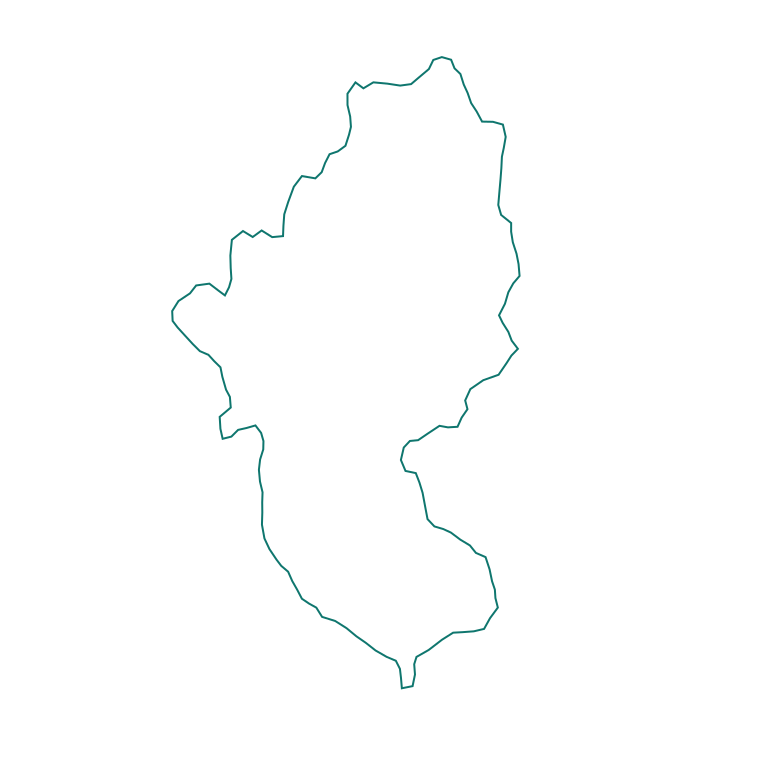 outline of Olaria, Minas Gerais, Brazil, rotated 254°
{"feature_id": "56859067B66778416420172", "entity_name": "Olaria", "entity_type": "district", "adm_level": 2, "iso_a3": "BRA", "parent_name": "Brazil", "parent_adm1": "Minas Gerais", "projection": "mercator", "projection_center": [-43.97, -21.909], "detail": "fine", "context": "isolated", "style": "outline", "palette": "teal", "viewbox_px": 768, "rotation_deg": 254, "n_neighbors": 0, "source": "geoboundaries", "source_scale": "gbopen_adm2", "svg_char_len": 2214}
<svg xmlns="http://www.w3.org/2000/svg" viewBox="0 0 768 768"><g transform="rotate(254 384 384)"><path d="M380.9,522.4L390.5,518.7L399.8,517.9L410.1,514.9L418.3,513.5L427.8,522.4L437.9,528.8L445.1,536.0L450.5,544.1L462.2,546.4L472.7,547.3L484.8,546.9L495.4,548.2L503.7,550.6L514.2,543.2L524.6,543.2L537.7,548.2L548.6,552.4L559.1,556.3L570.0,560.0L577.9,564.2L588.0,569.1L600.6,569.8L606.0,561.0L609.2,550.6L620.3,548.2L630.0,545.2L640.8,544.6L649.9,543.2L660.9,542.9L668.0,538.8L677.2,537.9L682.3,529.7L681.9,520.7L674.4,514.0L668.9,501.7L664.8,492.7L666.4,481.8L671.8,470.0L676.9,456.9L673.9,445.7L681.8,439.7L673.1,428.9L662.2,425.8L650.4,425.2L640.3,423.1L633.3,419.1L623.6,412.6L620.3,403.6L619.9,395.0L612.7,388.3L604.8,382.5L600.6,374.7L606.5,362.4L598.5,351.7L585.4,342.1L574.6,334.9L563.7,330.9L554.0,327.7L556.0,317.0L565.3,308.7L561.5,298.3L569.9,290.6L564.5,277.5L549.8,271.7L537.7,268.6L527.1,266.3L519.7,261.7L513.0,255.5L519.7,250.4L528.6,243.8L530.5,230.6L524.6,222.5L520.4,209.3L512.5,200.5L502.9,198.2L495.2,201.2L484.9,206.3L475.1,211.2L466.3,216.1L460.4,223.3L452.9,227.0L445.1,231.4L435.5,230.6L422.1,230.6L414.1,232.3L403.6,230.2L397.7,217.0L386.0,214.4L375.8,213.8L375.5,222.8L380.1,231.1L379.6,239.7L379.6,249.0L370.8,252.4L362.4,252.4L354.4,249.9L345.6,244.1L336.0,240.1L324.4,237.9L313.4,237.4L303.8,234.3L294.0,231.6L282.4,227.9L268.5,226.5L256.8,228.4L244.7,232.3L237.5,235.1L230.0,240.1L219.8,241.5L210.4,243.8L200.2,245.9L193.5,251.5L187.7,257.3L177.2,260.3L169.7,271.7L159.6,280.7L149.1,287.9L140.3,295.1L130.2,302.4L121.0,311.3L114.7,319.1L105.8,320.8L96.7,319.3L86.6,317.3L85.7,328.2L96.2,333.7L106.3,335.8L112.7,340.0L116.0,353.6L122.2,369.3L125.9,381.9L123.8,391.1L121.5,402.2L121.0,412.7L129.7,421.4L137.7,431.8L147.5,432.1L155.8,433.9L164.6,433.5L176.7,434.4L189.6,433.9L196.3,425.8L205.1,422.1L213.3,414.5L222.8,407.3L228.3,400.9L233.2,393.2L242.1,388.6L254.0,389.7L268.8,391.1L279.5,390.9L289.6,390.0L294.5,380.7L306.3,379.3L317.5,385.5L322.1,393.2L320.6,401.3L324.2,412.2L328.5,425.8L324.7,433.5L322.6,442.9L330.3,449.4L336.8,457.3L345.8,457.5L355.3,465.6L360.3,480.5L361.3,496.7L370.4,507.7L376.2,514.3L380.9,522.4Z" fill="none" stroke="#0f766e" stroke-width="2"/></g></svg>